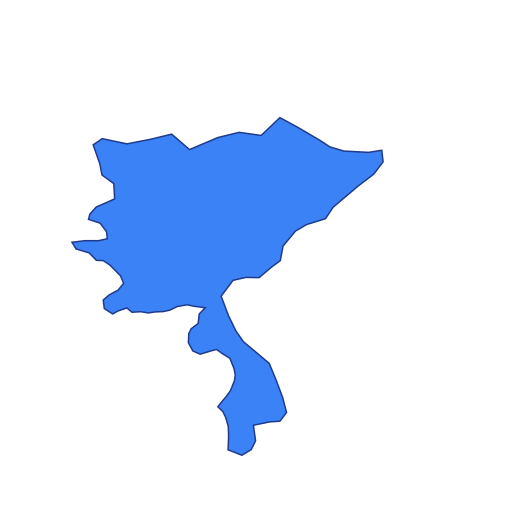 the district of Agia Varvara Lefkosias, Nicosia, Cyprus, rotated 244°
{"feature_id": "46923920B36952304373439", "entity_name": "Agia Varvara Lefkosias", "entity_type": "district", "adm_level": 2, "iso_a3": "CYP", "parent_name": "Cyprus", "parent_adm1": "Nicosia", "projection": "robinson", "projection_center": [33.352, 34.985], "detail": "fine", "context": "isolated", "style": "filled", "palette": "blue", "viewbox_px": 512, "rotation_deg": 244, "n_neighbors": 0, "source": "geoboundaries", "source_scale": "gbopen_adm2", "svg_char_len": 1482}
<svg xmlns="http://www.w3.org/2000/svg" viewBox="0 0 512 512"><g transform="rotate(244 256 256)"><path d="M427.3,158.4L407.2,156.0L396.3,153.1L383.4,159.9L369.3,154.0L369.7,143.1L370.1,133.9L366.5,125.1L362.4,121.5L353.8,130.3L343.3,132.3L336.7,129.9L338.8,121.1L344.9,108.6L349.0,96.6L341.2,97.4L331.9,107.4L322.1,110.6L318.8,116.7L311.9,120.7L297.7,125.5L289.5,125.1L285.8,117.1L285.4,107.0L283.4,99.4L275.3,96.6L266.7,101.8L267.1,107.4L265.9,117.1L259.8,119.9L256.5,127.9L252.0,134.3L250.0,140.7L246.7,148.3L245.1,154.8L245.1,163.2L242.3,172.8L238.2,178.0L231.7,187.7L228.8,179.6L220.7,174.4L219.1,166.0L215.8,161.6L207.7,157.2L198.3,157.6L192.2,162.8L190.5,173.6L189.3,179.6L182.4,183.3L175.5,187.7L164.5,186.9L158.4,185.3L153.5,182.1L149.8,178.0L146.2,174.0L143.3,168.8L140.1,161.6L137.2,155.6L130.7,158.0L124.2,158.0L115.2,156.4L108.7,153.6L104.6,151.6L94.0,145.9L83.1,156.0L84.1,166.8L90.1,174.6L105.0,179.5L101.0,195.3L97.0,205.1L102.0,214.9L110.2,216.5L116.9,217.9L136.8,219.8L153.7,220.8L171.6,212.9L184.5,207.1L197.4,205.1L214.3,205.1L235.2,207.1L244.2,224.7L241.2,237.5L235.2,249.3L239.2,265.0L241.2,275.8L253.1,284.7L261.1,302.4L262.1,315.1L259.1,334.8L266.0,346.6L274.0,378.0L278.0,397.7L284.9,411.5L295.9,415.4L299.8,402.6L305.8,391.8L311.8,381.0L321.7,370.2L331.7,364.3L352.5,350.5L369.9,338.1L362.1,313.5L374.5,295.1L379.2,273.6L380.8,242.9L402.5,233.6L407.2,212.1L413.4,189.1L428.9,169.2L427.3,158.4Z" fill="#3b82f6" stroke="#1e3a8a" stroke-width="1.5"/></g></svg>